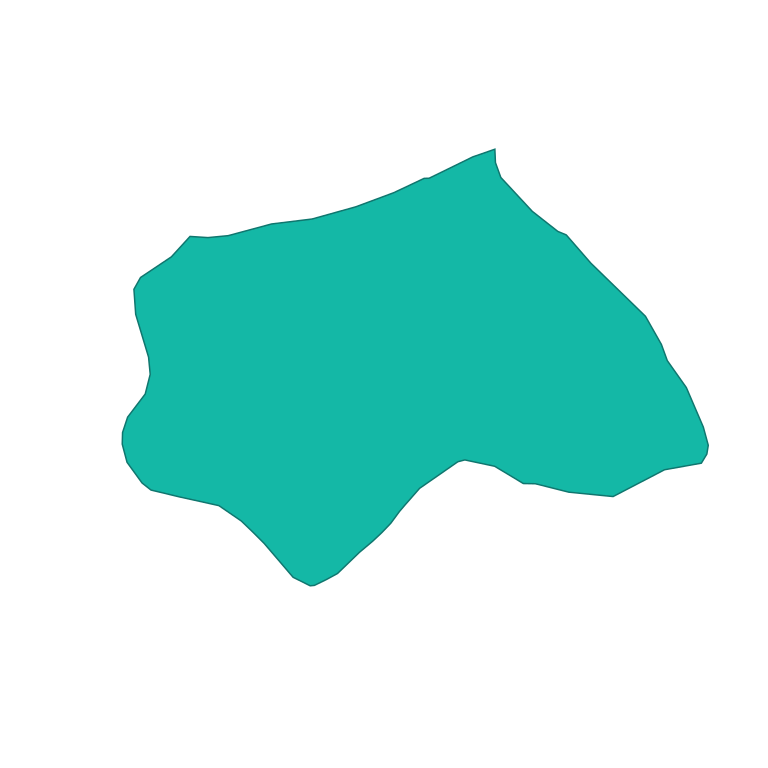 Santa Lucía Utatlán, Sololá, Guatemala, rotated 241°
{"feature_id": "79465075B3203772279069", "entity_name": "Santa Lucía Utatlán", "entity_type": "district", "adm_level": 2, "iso_a3": "GTM", "parent_name": "Guatemala", "parent_adm1": "Sololá", "projection": "equal_earth", "projection_center": [-91.278, 14.782], "detail": "fine", "context": "isolated", "style": "filled", "palette": "teal", "viewbox_px": 768, "rotation_deg": 241, "n_neighbors": 0, "source": "geoboundaries", "source_scale": "gbopen_adm2", "svg_char_len": 939}
<svg xmlns="http://www.w3.org/2000/svg" viewBox="0 0 768 768"><g transform="rotate(241 384 384)"><path d="M229.4,457.6L223.4,468.0L199.7,493.3L174.5,529.8L173.0,587.8L160.9,623.2L166.2,632.4L173.2,637.9L191.5,642.4L234.3,646.7L267.1,643.1L284.1,645.8L316.5,645.5L389.4,623.5L426.0,615.7L433.2,610.0L463.1,597.4L508.0,586.3L523.6,588.8L535.6,594.8L539.6,571.8L542.1,523.2L544.4,518.8L546.6,485.2L552.7,445.0L563.2,401.0L578.5,363.2L589.3,319.6L597.4,301.0L607.1,285.9L598.3,259.7L595.2,222.7L588.1,211.2L565.3,200.6L521.6,191.1L505.8,184.2L491.0,170.3L479.3,143.7L468.3,131.8L458.3,125.9L440.1,121.3L414.7,124.4L404.2,128.8L384.2,150.6L357.7,180.6L333.3,192.8L317.7,197.6L302.7,201.9L259.0,210.8L243.3,221.6L241.6,225.5L240.9,239.0L240.8,251.5L248.7,281.0L252.0,297.9L255.1,310.1L258.9,322.4L265.0,335.7L268.0,343.7L275.5,364.6L280.2,410.9L278.4,417.9L258.4,440.9L229.4,457.6Z" fill="#14b8a6" stroke="#0f766e" stroke-width="1.5"/></g></svg>